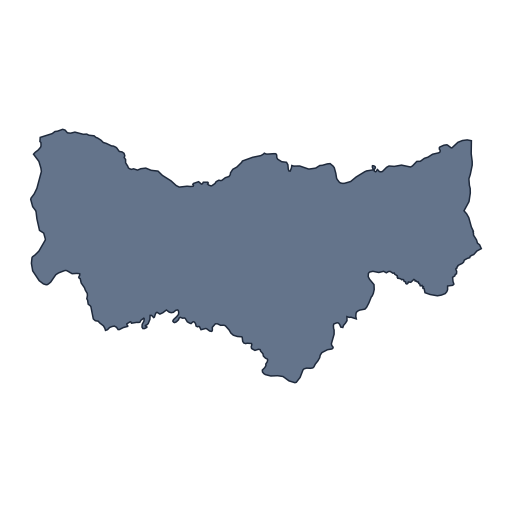 Liquidoe, Aileu, East Timor (orthographic projection)
{"feature_id": "22284137B83063719556593", "entity_name": "Liquidoe", "entity_type": "district", "adm_level": 2, "iso_a3": "TLS", "parent_name": "East Timor", "parent_adm1": "Aileu", "projection": "orthographic", "projection_center": [125.722, -8.733], "detail": "fine", "context": "isolated", "style": "filled", "palette": "slate", "viewbox_px": 512, "rotation_deg": 0, "n_neighbors": 0, "source": "geoboundaries", "source_scale": "gbopen_adm2", "svg_char_len": 6056}
<svg xmlns="http://www.w3.org/2000/svg" viewBox="0 0 512 512"><path d="M105.5,330.4L107.5,329.7L109.6,327.5L112.1,326.5L114.4,326.1L116.5,327.3L118.1,329.6L119.3,329.6L123.2,327.6L127.7,326.4L127.7,325.7L126.9,324.8L126.8,323.9L129.9,321.9L130.7,321.8L131.5,323.2L137.1,322.3L137.8,322.5L139.5,322.3L140.1,322.0L140.8,320.4L143.7,318.2L144.1,318.4L144.2,319.0L143.9,321.2L142.2,324.3L142.0,327.1L142.9,328.6L144.5,328.6L146.8,327.4L146.9,326.9L145.4,325.9L145.4,325.5L147.1,324.7L148.2,323.6L149.9,319.4L150.1,315.4L151.2,315.3L152.0,315.8L153.7,317.6L154.4,317.1L155.4,314.0L156.3,312.6L157.0,312.3L159.9,314.1L162.9,312.7L166.4,310.0L169.1,312.1L171.2,312.7L173.4,312.3L175.8,310.3L177.5,309.9L178.2,310.4L178.7,312.1L178.5,314.4L176.7,316.6L173.5,319.6L172.8,321.1L173.6,322.2L174.6,322.6L176.3,321.9L178.5,319.8L179.2,318.0L180.2,317.3L182.6,318.2L184.6,318.0L185.3,318.5L187.3,321.8L189.4,323.0L191.0,323.6L192.7,322.0L193.6,321.7L194.5,322.2L195.5,323.6L196.1,326.1L197.5,326.8L199.0,326.4L199.5,326.7L201.0,329.7L205.6,328.5L206.6,328.7L209.6,331.0L211.5,331.4L212.1,331.0L212.4,330.0L212.3,327.3L215.4,323.8L217.4,323.8L220.6,325.3L223.9,325.2L225.4,325.8L229.2,330.1L230.9,333.1L233.3,335.2L237.4,336.5L241.7,336.8L242.2,337.3L242.7,341.4L243.8,343.0L245.7,343.6L247.1,343.2L251.5,343.5L251.8,344.8L251.2,346.8L251.6,348.5L252.4,349.0L254.9,350.4L258.4,349.3L260.2,349.6L260.6,351.1L262.9,353.7L263.4,356.1L265.4,358.1L267.4,359.1L267.7,360.0L267.2,361.9L265.8,364.0L265.9,365.7L264.7,367.7L262.3,370.1L262.5,372.0L263.9,373.7L265.4,374.6L270.8,376.0L277.6,375.7L283.0,376.5L289.0,380.9L294.9,382.7L296.3,382.3L300.1,377.4L303.0,369.9L304.1,368.8L306.7,368.1L310.5,368.3L312.8,367.9L313.9,366.9L315.3,364.1L317.8,361.0L319.7,357.7L320.2,355.2L321.9,352.6L327.5,349.7L331.9,349.0L333.0,348.0L333.1,347.2L331.7,345.3L331.4,343.7L334.1,334.2L334.1,330.0L333.6,328.6L333.4,325.6L333.8,324.0L337.1,322.7L338.5,323.1L339.6,324.3L340.8,327.1L342.8,327.5L343.6,325.3L345.4,323.2L347.0,320.7L346.9,316.6L349.3,317.4L351.0,317.2L356.3,318.9L355.8,316.4L356.0,313.5L356.5,312.1L358.2,310.8L359.7,310.1L365.0,309.1L366.6,307.3L368.9,302.9L371.3,296.9L372.1,296.1L373.3,293.5L374.2,289.5L374.0,284.6L369.5,279.2L368.2,276.6L368.4,273.4L369.5,272.1L372.9,271.3L378.8,272.5L383.6,271.3L386.3,272.8L388.6,271.5L390.1,271.4L392.9,273.2L394.2,273.0L394.8,274.3L397.2,275.7L397.4,276.2L397.1,277.0L397.7,277.6L397.7,278.2L400.5,278.7L401.8,279.8L402.8,279.4L403.6,279.8L404.1,281.4L405.6,281.9L405.8,283.4L406.4,283.9L407.1,283.9L407.9,283.3L408.4,282.0L410.8,282.3L413.9,279.4L414.7,279.8L415.2,281.1L415.9,280.8L417.3,282.0L418.0,281.7L418.6,282.5L418.7,283.4L419.9,284.2L420.1,285.7L420.9,285.9L422.0,285.4L422.5,286.5L423.3,286.6L422.8,287.8L423.0,288.4L424.1,288.5L425.0,292.7L430.1,294.5L437.4,295.8L441.3,295.1L445.2,293.6L446.8,291.7L447.6,289.7L447.6,286.0L452.7,285.3L453.9,284.1L453.0,281.5L452.6,277.3L454.8,275.9L455.3,274.4L456.5,273.8L456.7,271.4L455.8,269.2L456.0,268.5L457.0,268.0L457.0,267.1L457.9,266.1L457.9,265.5L462.3,263.3L463.6,262.1L464.3,260.1L467.3,258.4L469.7,257.7L470.2,256.3L471.8,255.3L473.7,254.6L476.9,251.0L481.3,248.6L479.6,244.8L477.5,243.2L476.5,239.9L473.5,235.1L473.5,233.2L473.0,231.7L473.4,231.3L471.4,227.1L468.8,217.7L466.6,213.8L464.0,210.8L469.0,201.6L470.3,193.0L470.2,188.5L469.4,185.4L468.9,178.8L470.3,174.4L472.2,165.2L472.2,161.7L471.2,153.7L471.4,140.7L467.2,139.9L462.5,140.5L457.9,142.3L451.9,147.9L451.1,147.8L447.4,145.0L446.7,144.8L443.9,145.2L442.5,145.8L439.7,147.1L439.3,147.8L439.4,149.3L440.2,150.3L440.1,151.7L439.6,152.3L438.8,152.8L432.6,154.2L427.9,157.2L424.4,158.3L420.3,161.3L416.8,161.4L412.4,166.0L410.5,167.0L401.5,165.1L394.3,166.4L389.0,166.0L386.6,167.3L382.4,171.5L380.8,171.9L379.1,171.5L378.5,170.5L377.3,169.5L376.4,171.2L375.6,171.8L374.3,171.1L374.2,169.7L375.4,167.8L375.1,166.6L373.8,165.8L372.5,165.7L372.3,167.0L373.1,169.1L373.0,169.9L366.6,170.9L364.8,171.7L356.1,177.0L350.7,181.5L344.5,183.3L342.7,183.4L340.6,183.0L339.4,182.3L337.3,179.6L336.6,178.3L335.8,173.3L334.3,167.8L333.2,166.2L330.1,163.6L327.2,163.9L322.4,165.3L319.8,165.5L315.7,168.1L309.5,169.0L308.5,169.0L299.7,166.0L293.8,166.1L291.8,165.5L291.5,167.7L290.2,171.1L289.0,171.0L288.3,169.4L287.9,164.8L286.5,162.3L281.7,161.7L277.7,159.2L276.8,157.6L276.7,155.2L276.3,154.2L275.4,153.7L273.4,153.7L267.6,154.1L266.0,154.0L264.3,153.2L263.6,154.0L260.9,155.6L252.6,157.3L242.4,161.0L241.6,162.4L236.8,167.1L232.8,169.3L230.5,172.8L230.3,174.6L229.0,176.5L225.3,177.7L221.8,180.4L220.5,180.6L218.9,180.2L217.1,181.1L216.0,181.8L215.0,183.5L211.7,185.8L211.0,185.9L208.6,185.0L207.6,184.1L208.3,183.0L207.7,182.2L203.3,182.2L202.5,183.7L201.4,184.1L198.6,181.7L193.6,183.4L192.8,184.3L193.5,185.2L193.1,186.3L190.4,186.5L187.1,186.2L179.3,187.1L176.1,185.5L171.1,180.9L162.4,175.4L158.0,171.1L151.1,170.3L145.8,168.1L140.8,168.7L137.5,170.1L133.6,168.8L131.3,169.4L129.4,168.6L128.4,167.9L127.7,166.1L125.6,162.8L125.6,159.5L124.2,157.6L124.8,155.7L124.0,153.3L122.0,151.9L119.6,151.5L119.0,151.1L116.7,147.9L115.8,147.2L113.5,146.1L111.5,145.9L106.3,143.4L103.3,142.5L101.0,140.2L97.6,138.0L95.9,137.4L94.1,135.8L88.8,135.2L86.8,134.1L83.3,134.3L74.9,132.1L70.5,133.2L67.4,132.8L65.1,130.1L62.7,129.3L57.5,131.2L55.0,131.5L52.2,133.6L40.2,137.4L39.9,141.5L40.9,142.5L41.0,144.2L41.0,146.0L40.6,147.2L38.1,150.1L35.2,152.3L33.5,154.2L38.9,161.4L40.9,168.1L41.4,171.5L36.9,188.3L34.2,193.9L31.1,198.0L30.7,199.4L32.7,206.7L35.7,210.7L36.1,212.1L36.9,218.8L39.5,230.4L43.7,233.1L45.3,238.8L45.3,240.0L38.9,251.1L35.0,255.0L32.5,256.8L32.0,257.7L31.4,263.3L32.7,270.9L39.2,280.7L43.4,283.9L46.0,284.7L47.1,284.7L48.4,284.0L50.7,282.1L55.8,274.7L58.6,272.9L64.3,270.7L65.8,270.4L67.1,270.8L72.1,273.7L76.9,273.4L79.7,273.7L79.8,275.0L78.7,277.2L79.3,278.3L80.2,278.6L81.2,283.0L84.5,287.8L85.3,290.1L87.3,293.5L87.4,295.7L86.8,298.8L87.6,300.1L88.2,304.2L90.3,305.8L90.9,306.8L93.3,318.9L95.3,320.7L98.2,321.2L99.8,323.0L103.4,325.8L104.8,328.2L105.5,330.4Z" fill="#64748b" stroke="#1e293b" stroke-width="1.5"/></svg>